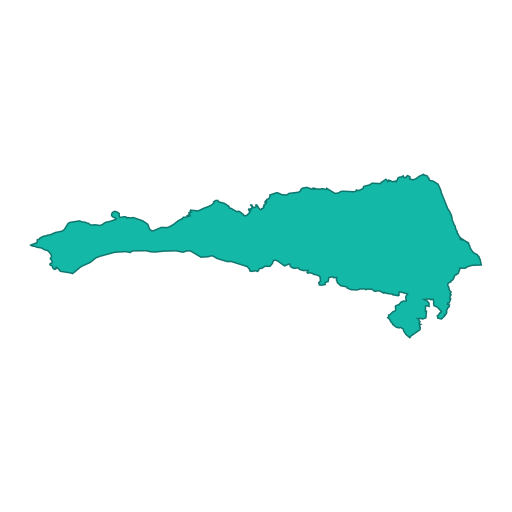 the district of Giulesti, Maramures, Romania
{"feature_id": "2599482B91703806694060", "entity_name": "Giulesti", "entity_type": "district", "adm_level": 2, "iso_a3": "ROU", "parent_name": "Romania", "parent_adm1": "Maramures", "projection": "natural_earth1", "projection_center": [23.85, 47.83], "detail": "fine", "context": "isolated", "style": "filled", "palette": "teal", "viewbox_px": 512, "rotation_deg": 0, "n_neighbors": 0, "source": "geoboundaries", "source_scale": "gbopen_adm2", "svg_char_len": 6076}
<svg xmlns="http://www.w3.org/2000/svg" viewBox="0 0 512 512"><path d="M481.3,265.0L480.0,259.1L479.3,258.1L478.9,256.5L477.8,255.7L477.2,254.6L474.0,253.0L472.5,251.6L470.1,247.9L469.6,245.6L468.7,244.5L468.6,242.9L467.6,242.8L467.2,242.0L466.6,241.9L461.7,238.7L461.0,239.4L461.2,239.7L460.1,239.2L460.5,237.6L459.1,236.6L458.4,234.5L457.1,233.0L457.3,232.3L456.9,230.9L455.8,229.4L455.0,225.8L454.2,224.8L452.1,219.6L452.0,217.8L451.3,215.0L449.3,210.9L447.7,208.6L441.5,193.1L440.6,189.8L438.1,184.3L433.2,181.1L429.7,180.4L429.0,179.5L429.0,178.3L428.3,177.9L427.2,176.0L426.1,175.4L424.4,175.3L423.6,174.3L419.4,176.2L416.1,178.6L413.7,179.7L409.9,179.2L409.7,178.3L410.1,177.1L407.7,175.5L405.2,177.8L403.9,177.4L403.2,175.9L401.0,177.1L400.0,177.0L398.8,177.5L398.1,177.9L397.0,180.6L395.9,180.9L396.0,181.8L394.2,181.3L392.5,181.8L391.2,181.0L388.8,180.2L388.8,181.3L387.9,181.8L387.7,181.0L385.9,179.3L381.3,182.4L380.3,183.6L372.1,183.2L369.6,184.9L363.9,186.4L363.4,187.0L363.2,188.4L359.8,190.1L357.5,190.6L356.4,190.0L356.2,190.9L354.3,191.8L342.5,191.2L340.6,191.6L338.6,193.0L334.9,193.4L326.8,188.4L326.8,189.1L326.3,189.4L322.0,188.6L320.5,189.1L315.9,188.9L314.1,188.1L312.8,188.3L313.4,189.1L312.3,188.8L311.0,189.2L310.1,188.5L306.8,187.4L302.9,188.0L301.7,188.7L300.9,189.5L300.3,191.1L298.6,192.2L289.0,193.4L286.8,195.0L281.9,194.7L278.2,193.0L276.7,192.7L269.9,195.0L269.9,196.9L268.8,198.6L268.1,199.2L267.0,199.3L266.6,199.7L266.5,200.6L265.5,200.9L264.9,202.3L265.2,202.7L267.1,201.5L266.1,202.5L266.1,203.5L264.0,204.9L264.1,205.9L263.4,206.6L263.8,207.3L263.7,208.0L261.5,208.7L261.1,209.7L259.8,209.4L257.6,206.4L257.2,205.4L256.5,204.9L255.8,205.1L256.2,206.0L256.0,206.6L254.2,207.6L253.0,207.2L251.7,205.0L250.0,204.9L251.5,205.3L251.6,206.3L252.3,206.7L252.0,207.1L252.2,208.0L250.2,209.0L248.9,209.0L248.9,209.6L249.6,209.2L250.8,210.0L250.3,210.4L249.8,209.9L248.8,210.2L250.0,212.0L247.0,215.3L244.5,215.8L243.8,215.5L243.4,214.5L239.6,211.6L238.2,211.2L237.0,211.8L230.8,208.2L229.7,208.3L229.3,208.0L229.1,206.7L228.2,205.8L224.0,203.2L218.8,201.9L217.8,200.4L215.7,200.5L213.6,201.9L213.9,202.9L211.7,204.9L208.8,206.4L203.4,208.4L198.7,210.7L197.1,210.9L190.8,210.1L190.8,210.8L190.2,210.9L190.1,211.5L191.0,212.1L190.5,212.3L190.0,211.8L190.3,212.4L189.7,213.0L189.0,212.9L189.8,214.7L189.2,214.3L188.8,214.5L189.1,215.1L188.0,215.4L188.4,215.6L188.3,216.0L188.0,216.1L188.5,216.4L186.8,216.5L186.1,217.3L183.5,217.2L182.6,218.1L182.4,219.0L182.0,218.8L178.3,220.7L173.6,224.4L169.2,226.9L167.0,227.6L161.3,227.4L153.4,230.8L151.9,230.8L149.8,229.5L147.9,224.7L147.4,224.0L142.7,220.8L133.1,217.5L131.3,218.0L128.1,217.6L127.2,218.1L126.4,217.1L124.3,216.7L119.8,217.5L119.2,215.5L119.2,213.5L117.4,212.2L114.7,211.3L112.5,212.4L111.9,213.5L111.5,215.1L112.3,216.6L116.1,218.5L116.2,219.1L115.7,219.4L110.4,221.3L105.2,222.5L102.1,224.7L99.9,225.5L95.4,224.8L90.7,225.1L88.4,223.3L87.6,223.4L85.1,222.2L82.4,222.0L79.6,220.9L70.0,222.4L68.2,223.3L64.3,229.6L62.0,231.2L55.4,232.5L49.9,234.9L47.6,235.1L45.4,236.1L44.0,236.0L40.3,237.8L39.8,238.2L39.6,239.0L37.3,239.8L37.1,242.6L30.7,245.1L32.0,246.0L34.9,246.4L37.1,247.3L41.4,247.9L44.2,249.6L47.5,250.5L49.2,252.1L50.7,254.0L51.5,255.7L51.4,257.2L50.5,258.0L50.3,258.8L51.4,259.9L52.2,261.9L51.8,263.1L50.1,263.6L49.8,264.2L50.3,265.1L52.4,266.0L52.7,267.8L54.3,269.4L55.8,269.0L56.0,268.2L55.6,268.0L56.2,267.2L57.2,268.2L57.7,268.0L60.4,271.3L70.0,272.8L72.6,273.6L81.2,266.5L90.1,262.5L96.0,257.8L100.2,256.2L115.0,252.2L125.9,251.6L130.1,252.5L132.5,250.9L146.3,250.7L150.6,251.8L155.6,252.0L163.8,251.1L176.0,250.8L182.9,252.2L186.7,251.0L190.2,250.8L201.0,257.2L208.3,256.7L211.3,255.8L213.3,256.2L216.9,258.4L223.2,260.4L227.6,261.6L231.3,261.5L247.3,266.6L249.5,269.3L249.9,271.0L252.0,271.4L255.7,270.7L257.5,271.5L258.5,270.6L259.2,268.6L262.0,268.3L265.0,266.2L269.9,266.4L272.5,263.3L273.4,260.5L275.7,260.2L277.5,260.9L284.6,265.9L289.3,263.9L290.1,264.5L290.2,266.2L292.3,267.8L294.4,268.3L297.8,267.8L300.0,269.6L303.5,270.6L308.0,270.4L307.1,272.4L307.9,273.2L310.6,272.7L314.4,274.5L317.1,275.0L318.9,275.9L320.4,277.3L320.1,278.2L320.4,279.1L320.3,280.1L320.5,281.1L319.0,282.3L318.7,283.0L319.5,284.2L319.3,284.9L321.6,285.2L325.2,284.5L324.9,283.0L326.4,282.0L328.1,281.6L328.9,277.5L332.3,276.8L332.9,277.0L333.5,277.7L336.6,277.5L336.4,280.1L337.1,281.2L337.3,282.6L340.8,285.8L346.5,286.8L347.0,287.2L347.1,288.0L351.2,289.7L356.3,289.9L358.7,289.6L360.0,288.8L361.5,289.1L364.0,288.7L366.0,289.7L366.9,289.1L371.4,289.2L372.2,289.4L374.6,291.3L377.8,290.8L379.8,291.0L383.9,293.2L384.3,292.4L387.0,293.5L392.8,294.2L393.2,294.3L393.0,294.8L398.0,295.7L398.1,295.1L399.0,295.2L399.0,292.0L400.7,292.1L407.4,293.8L407.7,294.2L406.5,295.4L405.7,296.9L406.0,299.4L406.4,299.9L406.2,301.1L403.2,301.1L401.2,302.0L398.9,304.6L396.1,305.6L395.4,306.3L395.7,309.9L395.1,310.9L392.7,311.9L390.1,314.5L388.6,315.1L388.7,316.7L387.7,317.7L389.9,319.4L390.0,320.2L391.2,322.3L392.5,323.5L392.7,324.4L396.1,327.1L399.0,327.9L400.5,327.4L403.1,328.9L404.0,331.5L406.0,334.5L409.8,337.7L410.3,337.2L410.1,336.6L420.0,329.7L420.3,327.5L419.6,327.0L419.9,326.1L419.5,325.7L419.8,324.7L420.6,324.3L419.1,323.8L419.4,322.3L420.0,321.8L419.3,320.9L418.9,319.7L417.7,318.6L420.8,318.5L422.7,319.0L425.9,317.8L426.5,311.2L425.4,311.1L425.5,306.1L426.4,305.7L429.1,306.4L429.0,303.1L427.4,301.2L424.0,299.4L428.6,299.0L431.0,299.3L431.0,299.7L433.0,299.2L433.8,301.9L433.6,303.1L434.0,305.7L437.4,307.1L441.5,311.7L439.9,312.9L438.3,315.2L437.3,315.8L437.8,318.1L441.5,319.0L445.1,315.4L444.7,314.8L446.3,313.7L446.8,312.0L446.3,310.2L447.1,309.6L447.9,307.6L448.9,307.1L449.5,305.0L447.4,304.4L447.7,303.1L449.1,303.0L450.6,299.2L450.7,298.6L449.7,298.1L450.4,295.6L451.1,294.8L450.0,293.9L451.1,292.2L449.5,290.4L448.6,286.8L447.6,285.1L448.2,283.1L450.4,282.1L451.0,281.6L451.1,280.8L452.6,280.0L453.8,278.2L454.9,275.0L456.5,274.7L458.3,273.2L459.9,268.8L459.7,268.2L465.3,268.2L467.9,266.5L472.3,265.3L481.3,265.0Z" fill="#14b8a6" stroke="#0f766e" stroke-width="1.5"/></svg>